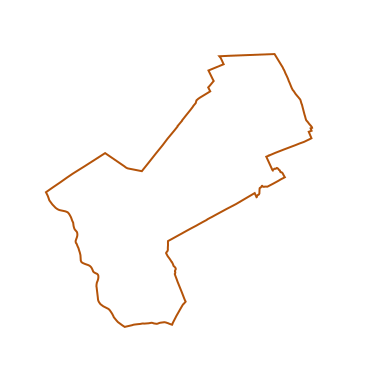 the district of Cheveresu Mare, Timis, Romania, rotated 248°
{"feature_id": "2599482B8335236163508", "entity_name": "Cheveresu Mare", "entity_type": "district", "adm_level": 2, "iso_a3": "ROU", "parent_name": "Romania", "parent_adm1": "Timis", "projection": "mercator", "projection_center": [21.46, 45.664], "detail": "fine", "context": "isolated", "style": "outline", "palette": "amber", "viewbox_px": 384, "rotation_deg": 248, "n_neighbors": 0, "source": "geoboundaries", "source_scale": "gbopen_adm2", "svg_char_len": 5739}
<svg xmlns="http://www.w3.org/2000/svg" viewBox="0 0 384 384"><g transform="rotate(248 192 192)"><path d="M289.0,320.2L304.5,277.1L307.6,268.2L305.7,268.8L302.9,269.0L300.1,269.1L298.6,269.2L298.5,254.6L298.5,252.8L288.5,253.5L286.8,253.7L283.9,248.3L282.9,246.2L278.5,246.6L278.2,244.9L277.0,237.6L276.6,235.1L276.1,232.8L275.3,230.5L275.1,230.3L273.0,228.7L271.3,225.4L271.0,225.2L268.4,220.8L265.4,215.4L262.1,209.6L261.8,209.5L261.4,208.7L259.0,204.2L258.6,203.4L258.4,203.4L258.1,203.1L257.9,202.7L255.7,198.8L254.2,196.0L250.6,189.3L246.4,182.3L241.1,172.7L235.0,162.0L231.2,155.2L230.1,153.3L235.2,145.5L237.8,141.5L238.4,140.8L239.6,139.8L240.1,139.5L240.9,139.1L260.6,126.0L259.2,118.6L256.1,102.1L254.1,90.7L253.6,88.0L252.2,81.5L250.3,73.5L248.4,64.7L246.5,56.5L242.9,56.8L241.5,56.8L239.4,56.7L238.0,56.6L237.3,56.7L233.0,57.8L232.4,58.0L228.4,59.6L226.7,60.7L225.6,61.6L224.8,62.5L224.1,63.5L223.3,64.7L221.6,67.2L221.0,67.9L220.1,68.8L219.6,69.2L217.9,69.8L216.0,70.1L214.0,70.3L212.7,70.3L211.2,70.2L210.5,70.2L209.9,70.2L209.4,70.2L208.7,70.3L208.0,70.3L206.9,70.0L205.0,69.5L203.6,69.3L202.5,69.2L201.9,69.2L201.1,69.3L199.9,69.7L198.4,70.2L197.8,70.3L196.9,70.2L195.5,69.8L194.3,69.2L193.0,68.2L191.9,67.2L191.2,66.6L190.1,65.7L189.4,65.5L188.5,65.3L188.2,65.3L187.6,65.6L187.1,65.6L185.7,65.6L184.2,65.6L182.3,65.7L180.7,65.5L177.9,65.3L175.2,64.9L174.6,64.7L174.0,64.5L170.1,63.2L169.1,63.2L168.7,63.2L167.5,63.8L166.8,64.4L166.0,65.2L165.3,65.9L164.6,66.7L163.2,68.3L162.9,68.6L162.1,69.3L161.1,69.9L160.0,70.3L158.9,70.5L157.5,70.6L155.4,70.6L154.7,70.8L154.2,71.1L153.4,71.7L152.1,72.9L151.6,73.4L151.1,73.6L150.4,73.8L149.9,73.8L149.2,73.7L147.9,73.2L146.5,72.4L146.0,72.0L145.1,71.3L143.7,69.9L142.1,68.9L141.1,68.4L140.2,68.0L139.5,67.9L137.7,67.4L129.6,65.2L127.6,64.6L126.3,64.4L124.7,64.5L122.3,65.1L119.3,66.9L114.8,70.8L113.1,71.5L110.4,72.1L108.6,72.4L106.3,72.6L105.2,72.6L101.0,73.9L99.1,74.6L94.4,77.5L92.1,79.1L92.0,80.0L91.6,82.4L91.4,83.7L91.0,86.2L90.9,86.9L90.9,87.5L90.8,88.3L90.6,89.1L89.9,91.7L89.1,94.4L88.9,95.3L88.7,96.5L88.4,97.4L88.0,98.1L87.9,98.3L86.5,102.7L86.4,103.3L86.2,104.0L86.1,104.7L86.0,105.3L85.7,105.8L85.5,106.2L85.2,106.6L84.6,107.2L84.1,108.0L83.5,109.0L83.4,109.2L83.1,109.7L83.0,109.9L82.9,110.3L82.8,111.2L82.8,112.1L82.8,112.7L82.7,113.3L82.7,113.6L82.5,114.2L82.3,115.1L82.1,115.8L81.9,116.5L81.8,117.1L81.6,117.6L81.2,118.3L80.7,119.0L80.4,119.4L79.8,120.0L79.2,120.8L78.5,121.4L76.9,123.2L76.4,123.8L77.1,124.6L77.4,124.8L77.5,124.8L81.2,129.1L82.6,130.7L83.1,131.3L85.7,134.6L87.3,136.6L88.4,138.0L89.8,139.8L90.4,140.6L91.1,141.5L91.2,141.8L91.4,142.4L92.7,145.0L93.5,145.0L94.3,144.9L95.0,144.9L96.7,144.9L102.2,145.0L104.4,145.0L107.8,145.0L109.6,145.0L111.7,145.0L114.3,145.0L116.6,145.1L120.9,145.2L122.4,145.3L122.6,145.7L122.8,145.8L123.1,146.0L123.5,146.3L124.3,146.5L124.4,146.4L124.5,146.4L125.1,146.6L125.4,146.8L125.9,147.3L126.2,147.7L126.5,148.0L127.0,148.2L127.6,148.2L128.0,148.2L128.4,148.1L129.1,147.8L129.5,147.7L129.9,147.4L130.1,147.3L130.5,147.2L130.9,147.2L131.4,147.3L131.8,147.3L132.4,147.3L132.7,147.3L134.7,147.1L134.8,146.9L136.2,146.7L138.2,146.3L139.9,145.9L140.5,145.7L141.8,145.4L144.7,145.1L145.1,145.1L145.3,145.3L145.5,145.5L145.7,145.8L146.1,146.6L146.3,147.0L146.6,147.2L146.8,147.5L147.7,148.1L148.6,148.4L149.3,148.7L150.4,149.2L151.6,149.8L154.7,151.0L155.5,151.4L155.8,154.0L156.0,155.9L156.3,158.3L156.7,161.6L157.1,164.9L157.3,166.7L157.6,169.0L158.0,172.2L158.6,177.4L159.2,183.4L159.6,186.3L159.9,188.9L160.1,190.4L160.3,192.3L160.6,195.1L160.7,195.5L160.9,196.0L161.1,197.9L161.2,198.6L161.4,201.1L161.8,204.3L163.3,217.6L164.3,228.1L166.4,242.2L167.5,249.7L163.0,249.9L163.0,250.1L163.7,250.6L163.8,250.8L164.0,251.0L164.3,251.2L164.3,251.3L164.4,251.5L164.5,251.7L164.5,252.1L164.5,252.3L164.6,252.5L164.6,252.8L164.7,253.1L164.9,253.4L165.1,253.6L165.4,253.9L165.7,254.1L166.2,254.3L166.8,254.5L167.7,255.0L168.3,255.2L168.9,255.5L169.5,255.8L169.9,256.0L170.2,256.2L170.3,256.4L170.3,256.7L170.4,256.9L170.4,257.3L170.6,257.7L170.7,258.0L170.9,258.3L171.1,258.6L171.3,258.8L171.4,259.0L171.5,259.2L171.5,259.3L171.3,259.5L171.1,259.5L170.9,259.5L170.6,259.5L170.3,259.9L170.0,260.3L169.9,260.6L169.8,260.8L169.8,261.1L169.7,261.4L169.7,261.6L169.4,262.4L169.2,262.8L168.7,263.9L169.0,267.1L169.3,270.2L170.0,276.2L170.2,277.4L170.5,279.4L170.7,281.8L170.9,283.6L171.4,283.5L172.9,283.3L173.8,283.2L174.9,283.1L175.2,283.1L175.6,283.0L175.8,282.9L176.1,282.8L176.5,282.6L176.8,282.4L176.9,282.1L177.0,281.8L177.4,281.6L177.6,281.5L177.7,281.4L177.8,281.4L178.1,281.5L178.3,281.5L178.8,281.5L179.0,281.5L179.4,281.4L179.6,281.1L179.8,281.0L180.0,280.9L181.0,280.7L181.3,280.6L181.5,280.5L181.7,280.3L182.0,280.1L182.3,279.9L182.5,279.7L182.5,279.4L182.4,279.1L182.3,278.8L182.2,278.6L182.2,278.4L182.2,278.2L182.3,278.0L182.4,277.8L182.5,277.7L182.6,277.4L182.7,277.2L182.6,276.9L182.5,276.5L182.3,275.9L182.3,275.6L182.2,275.4L181.8,275.0L182.3,274.8L182.7,274.7L184.3,274.7L188.3,274.5L192.8,274.3L196.9,274.1L196.9,276.0L196.9,277.1L197.1,277.1L197.0,278.9L197.1,284.1L197.0,291.2L197.0,292.6L196.9,296.8L196.8,301.1L196.7,305.5L196.7,309.0L196.7,309.8L196.5,314.5L197.0,322.1L197.1,322.9L204.1,322.8L204.0,325.8L206.6,325.8L206.6,326.4L206.6,326.9L206.5,327.4L206.9,327.5L208.6,327.1L211.4,326.1L213.4,325.6L215.7,324.8L216.5,324.8L217.7,324.9L220.0,325.2L221.5,325.3L229.9,326.4L232.0,326.7L232.8,326.6L236.6,327.0L237.5,326.9L238.7,326.5L240.1,326.1L241.2,325.7L244.0,324.8L247.5,324.1L248.9,323.6L251.4,323.4L256.7,323.4L258.7,323.3L260.4,323.4L262.0,323.4L265.9,323.2L266.7,323.1L269.5,323.1L271.1,323.0L272.0,322.8L273.5,322.8L274.0,322.7L289.0,320.2Z" fill="none" stroke="#b45309" stroke-width="2"/></g></svg>